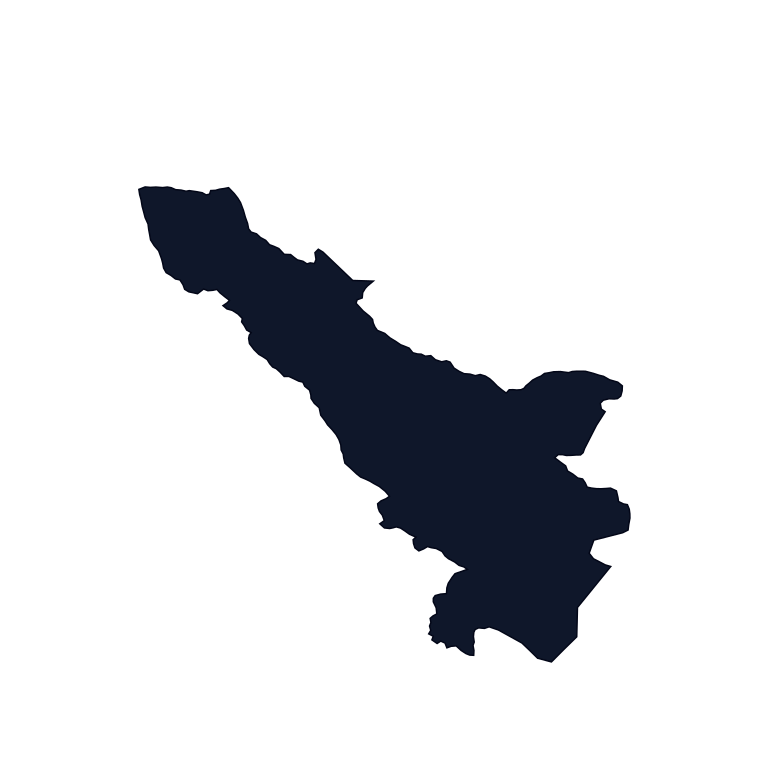 Ubaíra, Bahia, Brazil, rotated 132°
{"feature_id": "56859067B29513354992445", "entity_name": "Ubaíra", "entity_type": "district", "adm_level": 2, "iso_a3": "BRA", "parent_name": "Brazil", "parent_adm1": "Bahia", "projection": "equal_earth", "projection_center": [-39.677, -13.316], "detail": "fine", "context": "isolated", "style": "filled", "palette": "ink", "viewbox_px": 768, "rotation_deg": 132, "n_neighbors": 0, "source": "geoboundaries", "source_scale": "gbopen_adm2", "svg_char_len": 4038}
<svg xmlns="http://www.w3.org/2000/svg" viewBox="0 0 768 768"><g transform="rotate(132 384 384)"><path d="M367.9,93.4L370.4,98.6L371.5,103.0L373.7,111.4L372.5,118.3L359.6,123.6L334.8,107.1L329.2,104.9L324.8,108.0L319.1,111.5L315.9,114.5L312.9,118.0L310.8,122.4L312.9,125.8L314.4,131.1L311.8,134.2L307.9,139.8L309.8,146.0L313.4,149.4L316.7,152.7L319.7,156.2L322.4,160.0L324.7,164.0L322.8,168.4L321.7,172.9L324.2,177.1L324.6,183.3L325.8,189.4L323.3,194.2L324.0,200.7L324.6,207.8L319.9,207.3L317.0,204.0L315.1,200.7L311.8,197.2L308.1,193.6L305.2,190.5L301.8,190.1L297.6,191.8L272.4,198.5L256.6,201.1L257.2,205.7L253.6,210.4L249.3,210.2L244.4,206.9L241.1,202.9L238.6,200.7L234.5,200.0L229.8,202.4L225.9,205.6L226.2,211.5L229.9,219.1L231.4,226.0L233.6,230.1L236.0,235.5L239.8,242.9L245.7,249.5L248.8,252.5L252.0,254.4L256.8,261.3L261.4,266.1L265.2,268.9L268.8,271.8L273.0,272.6L276.8,274.4L281.7,276.2L286.0,276.6L290.3,277.3L293.7,277.1L296.6,278.4L299.6,281.3L301.8,284.2L304.5,287.1L309.0,287.1L309.5,292.5L309.8,298.6L309.4,304.0L309.4,308.9L310.3,314.0L312.6,318.9L316.7,321.7L319.1,326.7L322.8,331.5L324.3,336.6L325.3,342.6L323.5,349.5L325.0,353.2L328.9,356.0L331.6,362.1L331.6,368.2L335.7,371.9L336.9,376.3L339.2,379.1L341.5,383.5L340.5,389.3L342.2,394.0L343.7,397.9L344.4,403.1L345.8,410.8L345.9,417.3L348.6,424.8L347.7,428.8L345.9,432.8L343.7,435.7L343.3,440.1L343.7,448.3L342.7,458.8L339.4,460.3L334.6,457.8L330.3,461.0L325.5,461.9L322.2,461.9L314.7,460.8L328.0,476.5L326.8,517.6L327.8,523.0L332.6,523.2L336.9,517.9L341.0,516.3L343.4,519.9L346.3,521.6L347.0,526.3L349.7,531.4L350.1,535.8L350.3,540.0L354.4,544.9L353.7,552.8L355.4,558.0L357.1,562.3L356.4,568.1L357.8,573.8L357.7,579.2L360.0,584.4L359.3,588.4L355.9,592.9L352.8,598.7L349.0,604.7L345.2,612.0L343.7,617.1L342.7,622.7L342.1,630.9L345.7,633.6L349.3,636.6L352.8,638.8L356.2,642.2L359.6,640.7L362.5,642.7L363.5,647.1L366.5,652.0L370.6,658.1L373.2,660.1L375.7,664.6L379.0,668.9L380.5,673.5L382.6,676.8L386.1,679.9L390.2,685.2L394.2,689.2L397.4,693.4L403.4,696.4L406.7,692.4L409.7,687.7L413.8,682.6L417.1,677.5L420.2,672.8L423.0,666.4L426.5,662.4L429.8,658.1L433.1,653.9L434.9,647.5L435.8,640.6L439.8,633.1L442.3,629.3L445.3,625.4L447.0,620.4L445.9,615.1L445.5,609.3L443.2,605.3L444.7,599.8L447.0,595.5L446.1,590.7L443.9,586.9L441.7,583.0L437.4,582.2L434.1,581.6L432.5,577.3L429.0,574.0L425.5,571.4L426.0,567.0L425.7,560.6L425.2,554.8L428.8,554.9L433.5,556.1L433.3,551.0L430.8,546.0L429.7,539.4L430.1,533.1L433.1,531.4L434.1,527.0L435.8,522.1L434.7,517.1L437.8,516.8L440.7,515.1L444.0,511.0L445.4,503.6L445.7,496.8L444.8,492.5L444.0,487.2L445.4,482.5L445.9,478.1L444.7,474.3L444.7,469.3L445.2,463.2L442.0,459.7L440.4,454.4L438.9,449.2L436.9,445.6L438.7,441.4L438.4,435.2L441.1,431.0L443.5,428.6L445.0,422.8L445.0,416.3L449.5,410.1L450.8,403.2L452.1,398.6L452.6,392.4L453.6,385.9L455.4,380.4L458.2,375.3L461.7,371.7L463.3,367.5L465.8,364.6L469.0,360.0L468.9,353.5L469.1,344.0L468.8,339.1L467.0,334.0L465.6,329.3L464.8,325.1L463.3,318.9L462.9,311.5L463.7,304.8L467.8,305.7L472.8,308.0L477.3,308.6L480.0,305.4L481.8,302.0L482.6,297.5L485.3,292.4L490.7,293.6L490.7,287.4L487.6,283.1L484.9,281.1L482.0,279.3L480.0,275.3L479.2,270.0L478.6,264.4L476.4,257.8L480.2,258.2L482.8,255.3L485.1,251.3L484.7,246.4L480.0,244.2L475.7,242.9L474.1,239.5L471.3,235.1L469.6,228.8L470.9,223.6L470.7,219.1L469.0,212.4L468.6,206.9L466.5,202.3L466.0,198.0L477.4,204.3L482.1,204.0L485.7,203.4L489.1,202.9L493.4,200.9L498.0,197.3L502.2,201.3L507.0,204.4L510.2,204.0L512.9,201.6L515.4,195.5L519.5,190.9L523.5,192.4L527.3,192.9L529.9,189.5L533.4,188.2L535.8,184.4L539.8,183.6L538.5,178.6L542.1,177.2L541.3,170.9L537.1,169.8L535.7,165.3L538.0,160.7L534.0,158.6L530.3,155.1L530.4,148.4L529.5,142.7L528.1,138.9L525.6,135.8L521.8,138.9L518.7,142.9L515.4,144.3L511.9,148.5L508.4,151.1L505.5,152.0L501.9,150.5L498.4,145.8L494.1,143.4L492.6,139.8L490.3,134.5L484.2,108.2L484.5,97.9L485.0,86.3L478.5,73.6L460.4,72.7L442.9,71.6L420.6,90.7L367.9,93.4Z" fill="#0f172a" stroke="#020617" stroke-width="1.5"/></g></svg>